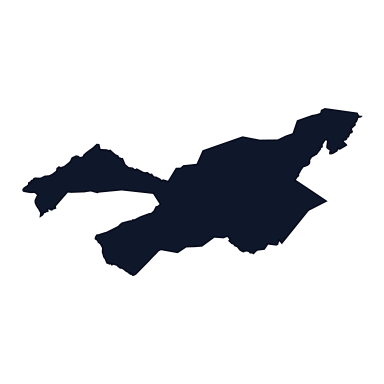 outline of San Pedro Yólox, Oaxaca, Mexico
{"feature_id": "50627088B72857929958345", "entity_name": "San Pedro Yólox", "entity_type": "district", "adm_level": 2, "iso_a3": "MEX", "parent_name": "Mexico", "parent_adm1": "Oaxaca", "projection": "orthographic", "projection_center": [-96.522, 17.634], "detail": "fine", "context": "isolated", "style": "filled", "palette": "ink", "viewbox_px": 384, "rotation_deg": 0, "n_neighbors": 0, "source": "geoboundaries", "source_scale": "gbopen_adm2", "svg_char_len": 4698}
<svg xmlns="http://www.w3.org/2000/svg" viewBox="0 0 384 384"><path d="M168.3,181.6L163.3,180.1L161.3,180.9L159.9,179.2L156.1,177.3L154.0,177.2L152.6,175.7L151.6,174.3L150.0,174.7L147.3,172.7L145.9,172.9L143.8,172.9L142.3,172.0L141.2,172.0L141.2,171.5L136.7,169.1L135.0,170.2L132.4,168.2L128.5,167.8L124.9,164.7L122.6,159.2L122.4,158.7L121.6,158.9L119.6,158.0L118.7,158.1L117.8,156.0L115.4,155.0L113.2,153.2L110.1,150.3L108.7,150.9L106.6,150.0L100.0,149.7L98.8,144.7L96.9,144.5L93.1,148.0L86.5,152.8L83.9,155.2L83.8,155.5L83.6,156.1L83.4,156.6L83.2,156.9L83.3,157.5L82.6,157.4L82.3,157.2L81.4,157.6L80.2,157.6L79.5,157.5L79.1,157.4L78.5,156.8L77.9,156.4L76.5,156.1L75.6,156.3L75.2,156.5L74.9,156.7L74.5,157.0L73.8,157.2L73.2,157.4L72.7,157.7L72.2,158.0L71.7,158.9L70.9,160.9L69.7,162.4L68.3,163.6L66.8,164.7L65.5,165.9L64.6,166.4L63.9,166.8L63.6,166.9L62.6,167.3L61.9,167.4L61.4,168.3L59.9,167.5L59.3,167.1L58.5,167.2L58.1,167.7L57.7,168.2L57.1,168.5L57.1,169.3L56.8,170.5L56.3,171.5L55.7,172.0L54.2,173.1L53.1,174.0L51.2,175.1L50.8,175.3L49.8,175.8L48.4,176.1L47.8,176.0L47.0,176.3L46.5,176.3L46.0,176.3L45.2,176.2L43.7,176.9L41.8,177.9L40.8,178.3L39.9,178.4L38.7,178.4L38.0,178.4L35.8,178.2L34.9,178.3L33.9,178.7L33.7,179.7L31.4,180.7L31.3,181.5L30.6,182.0L30.1,182.1L29.8,183.0L28.8,182.9L28.7,184.6L27.9,185.5L26.6,186.5L25.4,187.2L24.0,188.2L23.0,189.7L23.4,191.0L25.1,191.5L26.4,191.6L27.7,192.0L28.6,192.0L30.6,192.4L31.5,192.3L32.4,192.3L32.9,192.3L33.6,192.2L34.0,192.2L34.7,192.3L35.2,192.6L36.1,193.2L36.6,193.7L37.1,194.2L37.6,194.4L37.8,194.6L38.1,195.1L37.3,196.0L36.9,196.8L36.4,197.7L36.2,198.6L35.8,199.2L35.7,199.5L35.3,200.3L35.3,201.6L35.3,202.5L35.8,203.8L36.6,205.7L37.3,206.6L37.6,207.3L38.7,208.7L40.0,211.2L40.5,212.0L40.9,213.1L40.4,216.4L40.6,216.3L41.1,215.7L42.2,215.1L43.1,214.0L43.3,213.5L43.9,212.5L44.3,212.2L45.3,212.2L45.7,212.0L46.2,211.3L46.8,211.2L47.7,211.4L47.9,211.1L47.4,210.0L47.8,209.2L48.6,208.6L49.0,208.5L51.2,209.9L52.0,209.8L52.3,209.1L53.2,208.6L53.6,208.8L55.5,208.1L55.0,206.2L67.5,191.8L71.5,192.1L85.1,191.6L85.2,191.4L90.9,190.7L97.4,192.5L98.6,191.9L121.7,189.7L143.6,192.1L153.5,193.2L160.6,204.3L157.7,206.6L156.2,206.9L154.0,211.3L151.1,213.7L149.2,213.8L140.3,217.1L134.0,220.3L133.1,219.9L132.5,220.1L132.0,220.9L132.0,221.0L131.6,221.2L130.1,221.0L122.2,223.1L120.5,224.4L120.3,224.6L119.6,225.3L119.4,225.5L118.9,226.1L118.8,226.4L106.0,232.8L105.7,232.7L98.1,235.1L97.5,235.0L96.9,235.1L95.9,236.7L95.8,236.8L95.7,237.0L95.4,238.2L95.4,238.8L96.5,239.6L97.6,240.2L98.2,241.7L98.5,242.3L100.4,243.6L101.2,245.0L101.7,245.9L102.7,247.8L102.7,248.8L102.5,252.0L104.0,257.2L104.6,257.8L105.2,258.6L107.0,262.9L109.7,263.9L110.2,263.3L111.4,263.8L111.6,264.7L111.9,264.8L112.8,263.9L116.6,264.9L117.9,266.1L120.1,267.9L120.8,268.0L121.9,268.0L123.8,269.1L126.0,271.0L127.0,271.6L127.6,271.6L128.6,272.8L129.4,272.7L130.1,273.4L130.0,273.7L130.7,274.2L131.8,274.0L132.2,274.5L132.7,275.2L133.5,275.2L134.3,274.8L135.6,274.1L141.8,267.8L148.8,260.7L149.4,260.0L152.1,257.1L155.5,253.7L158.4,250.6L160.9,249.4L177.6,252.4L186.1,246.7L195.4,246.4L201.9,245.9L214.2,236.9L223.4,237.6L227.3,236.1L228.4,236.9L230.2,239.6L229.1,240.8L230.5,242.0L231.6,243.2L233.9,244.1L235.0,245.8L237.1,246.3L238.7,248.2L239.7,249.6L241.5,250.9L243.6,251.7L244.8,251.0L246.9,250.8L249.1,251.3L250.1,252.7L252.1,252.7L253.5,253.5L255.6,251.2L257.4,249.9L264.2,249.1L267.8,243.8L276.4,244.9L277.7,244.0L278.1,242.0L279.3,240.0L281.8,243.1L308.3,210.2L326.2,201.1L311.0,190.9L294.8,180.1L294.9,179.8L295.1,179.6L295.2,179.3L295.4,179.1L295.7,178.9L297.0,176.9L298.3,175.9L298.5,175.4L298.3,173.6L299.4,172.7L299.7,171.8L300.7,169.9L303.1,166.6L304.9,166.1L307.5,165.1L309.3,163.5L309.6,161.7L309.4,160.1L311.4,156.9L316.4,154.1L320.4,148.9L320.2,147.5L321.9,147.0L322.2,146.1L321.7,144.9L324.9,139.9L326.6,139.6L327.8,140.6L326.9,147.2L327.9,148.5L330.3,149.9L330.4,150.5L329.8,153.0L329.9,153.6L331.1,153.7L332.2,153.4L332.7,153.3L336.6,151.0L337.5,149.7L337.9,148.5L338.8,148.4L339.8,149.0L346.4,145.1L346.3,144.8L343.3,142.0L342.8,140.9L343.4,140.2L345.0,139.9L346.2,139.3L346.6,138.5L347.0,137.0L348.4,136.7L349.5,133.2L350.8,132.9L352.2,131.9L351.2,129.2L351.2,128.4L351.6,128.0L355.0,124.9L355.0,123.9L354.7,123.2L354.9,122.5L356.2,121.6L357.2,119.3L357.7,117.3L360.7,116.8L361.0,116.5L358.7,116.3L357.6,114.3L357.1,113.3L345.7,111.7L324.9,108.8L323.4,109.6L321.6,110.4L320.9,113.2L319.7,113.9L316.6,114.9L312.2,115.7L297.5,120.9L293.1,133.8L286.1,136.2L277.8,140.2L259.8,140.4L242.7,137.1L242.0,137.3L203.1,150.9L197.1,164.5L186.7,165.6L183.5,165.9L180.8,168.4L176.3,168.5L173.5,173.1L168.3,181.6Z" fill="#0f172a" stroke="#020617" stroke-width="1.5"/></svg>